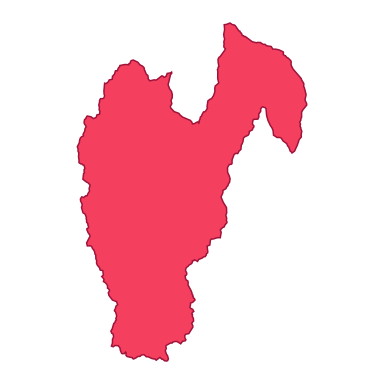 the district of Huari, Áncash, Peru
{"feature_id": "86281439B67928144642776", "entity_name": "Huari", "entity_type": "district", "adm_level": 2, "iso_a3": "PER", "parent_name": "Peru", "parent_adm1": "Áncash", "projection": "natural_earth1", "projection_center": [-77.04, -9.456], "detail": "fine", "context": "isolated", "style": "filled", "palette": "rose", "viewbox_px": 384, "rotation_deg": 0, "n_neighbors": 0, "source": "geoboundaries", "source_scale": "gbopen_adm2", "svg_char_len": 5910}
<svg xmlns="http://www.w3.org/2000/svg" viewBox="0 0 384 384"><path d="M137.8,62.2L133.2,60.0L131.1,60.7L130.6,61.4L130.2,63.1L129.0,63.6L128.8,64.7L124.9,64.5L119.9,65.5L119.8,66.3L118.2,68.3L117.4,70.7L115.4,70.8L114.6,73.8L113.2,75.7L112.5,76.1L112.2,79.3L109.2,79.9L108.3,81.8L106.1,83.6L104.6,83.2L103.9,91.1L104.1,94.2L104.6,95.6L104.4,96.5L103.8,98.1L102.8,98.6L100.5,98.7L99.5,100.5L99.6,101.7L98.8,105.0L98.9,106.0L99.4,106.8L99.1,109.9L99.9,110.9L99.6,114.1L96.8,115.0L96.4,116.8L95.8,117.7L93.4,118.5L91.0,116.8L87.4,116.0L86.8,116.4L85.5,118.9L84.6,119.5L84.1,121.7L84.2,123.4L86.0,126.3L86.0,127.1L85.1,128.4L84.7,131.2L83.1,134.2L83.5,135.8L81.4,136.9L80.3,138.1L79.6,140.4L79.3,142.8L77.3,146.7L78.0,148.7L78.1,151.6L78.8,152.8L78.5,156.8L79.0,160.0L79.0,162.7L80.6,163.8L82.1,164.1L82.8,164.9L83.9,165.2L84.7,167.5L84.8,168.7L84.1,169.5L84.1,171.4L84.5,172.7L83.6,173.4L82.9,179.3L86.0,181.7L88.3,183.0L90.1,185.1L89.1,188.6L89.5,191.2L88.1,193.3L87.1,195.7L85.7,195.8L83.8,197.4L81.7,196.9L80.4,199.0L80.6,201.0L82.0,203.9L82.2,205.3L81.5,207.3L82.7,211.8L83.1,212.9L84.4,213.5L85.1,214.3L85.8,215.9L86.4,217.7L86.1,218.7L86.6,219.9L86.6,222.2L87.9,223.8L87.9,225.2L88.6,226.7L88.3,227.8L86.8,228.9L86.9,229.8L88.1,232.7L90.0,235.4L89.9,236.5L86.6,242.9L87.3,245.9L90.7,245.8L91.9,247.0L92.6,248.8L93.4,249.4L94.6,251.8L95.0,254.1L95.7,254.8L95.9,258.9L96.7,260.6L96.5,262.9L96.7,263.7L97.3,265.1L99.5,267.8L100.2,270.1L102.6,270.5L102.9,271.3L103.3,275.2L101.7,276.5L103.4,278.4L104.0,279.8L103.4,281.5L105.3,282.7L106.7,284.2L107.5,285.7L107.5,288.2L108.2,288.5L109.5,290.1L109.3,291.3L108.3,292.6L108.9,295.4L112.4,300.0L116.6,301.7L117.6,304.8L116.0,306.1L115.3,308.9L114.4,310.3L114.6,311.0L115.4,311.7L116.6,315.2L116.4,317.2L115.8,318.7L116.4,319.8L115.4,320.9L114.8,322.8L113.8,323.4L112.1,329.1L110.9,331.1L111.7,333.2L113.1,334.0L113.5,336.4L113.4,337.4L112.5,339.1L112.4,343.3L111.4,346.1L113.1,346.8L115.0,345.5L118.3,345.7L119.9,347.8L120.4,350.5L121.6,353.3L122.3,353.7L124.4,353.6L125.5,352.1L126.1,352.7L126.0,355.3L127.0,356.5L132.2,357.7L132.9,358.7L133.6,359.0L136.3,357.7L137.7,356.5L140.0,356.4L141.5,355.0L143.6,354.7L144.3,354.9L146.2,356.7L148.2,356.8L152.1,358.6L155.0,359.1L156.2,360.2L159.9,357.4L161.8,359.2L162.6,359.1L164.6,360.8L166.6,361.0L167.6,360.7L168.4,358.9L167.5,355.6L166.5,354.3L165.3,350.8L166.3,348.4L165.8,346.3L166.1,345.5L170.3,343.1L172.2,343.0L172.6,342.3L174.7,341.5L177.0,341.5L180.7,343.8L182.5,341.4L185.4,340.7L185.9,339.7L184.9,338.0L184.8,335.3L185.9,334.2L188.8,333.6L192.9,327.1L192.8,325.7L191.7,323.2L193.6,321.0L193.5,320.2L193.4,318.5L192.3,316.1L192.5,314.7L191.8,313.8L192.6,312.2L193.8,311.5L192.8,309.4L190.6,308.3L189.9,307.2L190.5,304.9L190.5,303.1L192.7,302.3L195.0,300.0L194.4,298.6L193.3,297.7L193.3,296.9L192.8,296.5L192.9,295.1L192.1,294.4L192.0,293.0L190.9,290.3L188.0,284.9L188.2,282.5L187.8,280.9L186.3,280.0L185.6,278.8L185.1,275.9L186.3,275.1L186.8,273.9L186.6,272.6L185.6,270.8L185.6,269.4L186.4,267.5L188.2,266.2L188.9,265.2L191.4,263.7L192.2,262.7L192.4,260.8L193.7,260.8L194.5,259.8L197.6,261.4L198.6,259.5L202.1,258.1L203.8,256.8L205.2,256.6L206.3,255.0L206.4,253.7L207.6,252.9L207.8,251.8L207.1,246.1L209.8,245.1L210.5,239.8L211.6,238.9L212.8,239.1L217.4,237.7L220.3,237.7L221.2,232.2L220.3,230.0L222.6,227.5L224.1,227.0L225.1,224.8L226.8,222.9L227.0,222.1L226.4,220.3L226.7,218.1L225.9,215.7L226.0,214.5L226.7,213.0L226.5,207.6L223.3,202.4L221.0,197.0L222.6,193.5L223.0,192.0L222.8,190.5L225.9,188.7L226.9,186.6L227.8,185.9L228.6,183.5L229.5,182.5L230.1,178.9L229.3,176.0L227.6,172.3L227.5,168.1L227.8,166.8L229.5,164.4L231.2,164.3L232.0,163.7L232.1,159.8L234.1,154.5L235.9,153.3L237.5,153.6L237.9,153.4L239.1,151.0L240.9,149.5L241.3,145.2L242.2,143.7L243.0,141.4L243.5,138.0L245.1,136.6L248.0,135.3L249.1,133.7L249.3,131.5L252.3,129.9L253.1,127.9L253.9,126.9L253.9,125.9L252.4,124.0L252.9,120.4L253.7,119.4L257.9,119.1L258.9,116.9L258.7,114.2L260.7,111.4L260.7,108.9L261.5,107.6L262.7,106.8L265.3,107.8L266.0,108.7L266.6,115.5L268.0,120.5L270.3,125.4L272.1,128.1L273.1,130.7L273.5,135.2L277.1,137.5L279.9,137.5L281.1,138.0L283.1,141.0L286.7,143.6L287.7,146.0L288.8,147.2L290.2,151.1L291.2,151.8L292.0,153.0L294.6,151.1L297.4,144.9L299.2,139.5L301.3,137.1L301.2,134.6L301.8,131.1L300.9,129.1L300.8,127.6L300.0,126.2L300.5,124.0L299.7,122.3L300.8,120.2L300.9,118.7L301.6,117.3L301.6,112.2L302.7,110.1L306.7,105.1L306.7,103.9L305.0,99.9L306.1,94.7L304.4,87.9L303.7,86.5L303.8,83.5L301.6,79.9L301.2,78.5L293.1,69.1L291.4,65.8L291.0,64.0L291.2,61.9L290.8,60.7L288.2,58.1L287.0,57.6L285.4,55.7L284.5,55.5L283.7,54.8L283.1,53.9L283.5,52.8L283.1,51.8L279.1,49.9L276.0,49.2L272.8,49.1L271.2,46.5L266.7,45.8L265.0,44.3L263.2,44.4L260.4,42.5L257.3,42.4L256.5,42.8L252.2,41.7L245.3,36.5L244.2,36.6L243.5,35.7L242.3,35.5L241.5,33.4L240.4,32.3L239.8,31.1L238.9,30.9L235.2,25.6L234.1,24.9L232.5,24.7L230.0,23.0L226.5,24.4L224.2,24.7L224.6,29.6L223.7,34.5L224.2,37.7L224.7,38.7L223.8,42.0L224.1,44.0L223.8,45.8L224.1,47.5L225.4,48.6L224.6,50.4L220.3,56.4L218.9,57.5L218.0,59.4L218.2,62.8L218.9,66.5L218.1,67.3L218.1,68.5L217.4,69.7L217.8,71.2L217.7,78.5L218.7,83.0L215.2,86.1L214.8,88.3L214.9,91.6L213.6,95.5L211.6,98.6L209.6,99.5L207.9,100.9L207.0,106.9L207.5,108.0L205.9,110.7L204.8,111.8L203.5,111.9L202.1,114.4L201.7,115.8L200.3,117.2L200.0,119.2L199.1,120.8L199.3,121.9L198.8,123.1L198.0,122.0L197.4,121.9L194.2,123.7L192.5,123.8L191.6,121.7L190.2,120.3L182.8,117.2L180.3,115.2L178.8,113.3L174.1,111.6L170.8,108.0L170.3,106.1L171.5,104.5L171.8,103.5L171.0,100.4L172.2,97.8L172.3,94.7L171.6,91.6L169.5,88.6L168.1,84.7L170.5,74.8L171.8,73.1L171.6,72.1L170.4,72.9L167.2,73.4L166.2,76.1L164.6,77.2L164.0,77.3L162.8,76.1L161.7,75.9L156.7,79.8L155.7,80.1L154.3,79.8L149.8,80.8L148.3,79.0L147.9,75.5L146.3,74.2L144.3,69.4L144.1,67.8L142.5,66.1L139.9,64.8L137.8,62.2Z" fill="#f43f5e" stroke="#9f1239" stroke-width="1.5"/></svg>